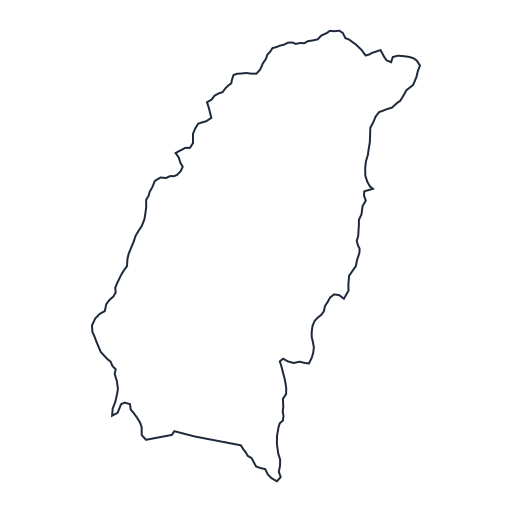 Avaí, São Paulo, Brazil
{"feature_id": "56859067B54783802415701", "entity_name": "Avaí", "entity_type": "district", "adm_level": 2, "iso_a3": "BRA", "parent_name": "Brazil", "parent_adm1": "São Paulo", "projection": "equal_earth", "projection_center": [-49.307, -22.194], "detail": "fine", "context": "isolated", "style": "outline", "palette": "slate", "viewbox_px": 512, "rotation_deg": 0, "n_neighbors": 0, "source": "geoboundaries", "source_scale": "gbopen_adm2", "svg_char_len": 2902}
<svg xmlns="http://www.w3.org/2000/svg" viewBox="0 0 512 512"><path d="M420.0,65.6L416.7,60.5L413.6,58.3L409.5,57.0L404.2,56.2L397.9,55.7L392.8,57.0L391.1,62.2L386.5,60.3L384.3,57.1L380.5,50.1L375.7,51.7L371.9,53.0L369.0,54.6L365.6,55.5L361.7,50.1L356.0,44.6L349.3,39.7L345.4,38.1L342.8,33.0L339.4,30.7L334.5,31.2L329.7,30.9L326.9,33.0L321.2,35.6L317.8,39.3L313.0,40.4L307.8,41.2L304.3,43.2L300.0,43.0L295.8,43.9L292.3,42.5L287.9,42.7L283.7,44.8L280.0,45.6L276.4,47.1L272.5,48.1L270.1,51.8L267.4,54.6L265.9,58.9L262.8,63.5L260.2,69.5L256.4,73.7L251.7,73.7L246.2,73.0L241.4,73.5L236.8,73.8L233.5,75.1L232.1,79.3L231.2,83.4L228.3,85.5L225.7,88.0L222.5,92.2L218.7,93.4L214.5,95.7L211.6,99.6L207.0,102.2L208.8,107.7L211.3,117.9L206.1,121.3L202.4,122.3L198.2,123.7L195.2,128.5L193.0,133.8L193.0,143.1L189.9,147.9L185.2,147.9L182.3,149.5L179.2,151.0L175.6,153.0L178.7,157.4L180.4,162.8L182.7,166.8L180.7,171.2L177.0,174.9L173.9,176.2L170.1,176.1L166.0,178.0L160.6,177.5L154.9,180.8L152.3,187.2L149.8,191.6L148.5,196.0L146.1,199.9L146.2,207.1L145.4,213.3L144.4,219.3L141.7,226.1L138.2,231.4L135.6,235.8L133.7,241.7L130.6,249.0L128.6,254.0L127.4,259.3L127.0,266.1L123.8,270.5L121.0,275.2L117.4,282.6L115.2,287.8L115.7,292.4L113.4,296.5L109.7,299.7L106.3,304.1L104.8,311.1L99.7,313.9L95.2,318.5L92.0,325.4L92.4,332.1L94.5,336.5L95.9,340.4L98.3,346.2L100.7,351.9L104.1,355.6L107.6,359.3L110.5,361.5L112.5,366.1L115.7,369.3L114.7,373.9L116.9,381.3L117.9,388.8L117.2,393.5L115.4,401.5L112.7,408.6L112.1,415.7L117.6,412.8L121.1,404.2L124.7,402.6L130.0,404.2L130.7,409.5L133.5,412.8L137.0,417.6L140.1,422.7L141.7,427.3L141.7,435.1L146.0,439.8L171.9,434.9L174.3,431.2L194.8,436.5L240.8,445.3L243.1,449.0L245.6,452.2L247.8,455.9L251.7,458.2L253.7,462.1L256.1,466.5L260.6,468.1L265.2,469.1L267.8,474.4L271.4,478.1L276.9,481.3L280.7,477.1L278.8,471.8L280.0,465.9L280.2,459.9L278.2,453.4L276.9,443.9L277.0,436.1L278.4,427.7L279.7,423.4L282.9,420.5L283.5,415.9L282.7,411.6L283.3,406.7L282.9,398.8L286.1,394.0L286.2,388.0L285.5,383.2L284.7,379.0L283.1,373.0L281.4,366.3L279.8,361.4L283.1,358.7L287.9,361.4L293.7,363.0L299.6,361.7L305.0,363.0L308.9,363.5L311.7,357.8L313.1,353.4L313.9,347.5L312.9,342.0L311.7,336.9L311.7,331.7L312.5,326.1L314.5,321.1L317.6,317.7L321.3,314.8L323.8,311.5L325.0,306.0L327.7,301.9L330.1,297.5L334.1,294.4L339.1,295.1L343.9,298.7L348.5,290.7L348.4,284.2L349.1,275.7L355.8,266.2L357.1,259.8L359.4,252.9L359.6,248.7L357.9,245.2L356.7,240.8L358.2,236.0L358.6,228.9L358.9,224.5L358.9,219.9L361.5,214.3L362.6,206.0L365.8,200.6L364.0,195.6L364.3,191.3L372.9,188.8L370.0,186.5L367.4,182.0L365.3,175.7L365.2,167.8L366.0,161.1L367.9,154.8L368.6,149.5L369.8,142.4L370.2,133.0L370.3,127.8L373.3,122.2L375.8,116.3L379.1,112.1L383.5,110.5L386.9,109.1L391.9,107.7L396.9,103.1L400.2,100.8L403.8,95.0L406.4,90.2L413.1,85.0L416.3,77.4L417.9,70.9L420.0,65.6Z" fill="none" stroke="#1e293b" stroke-width="2"/></svg>